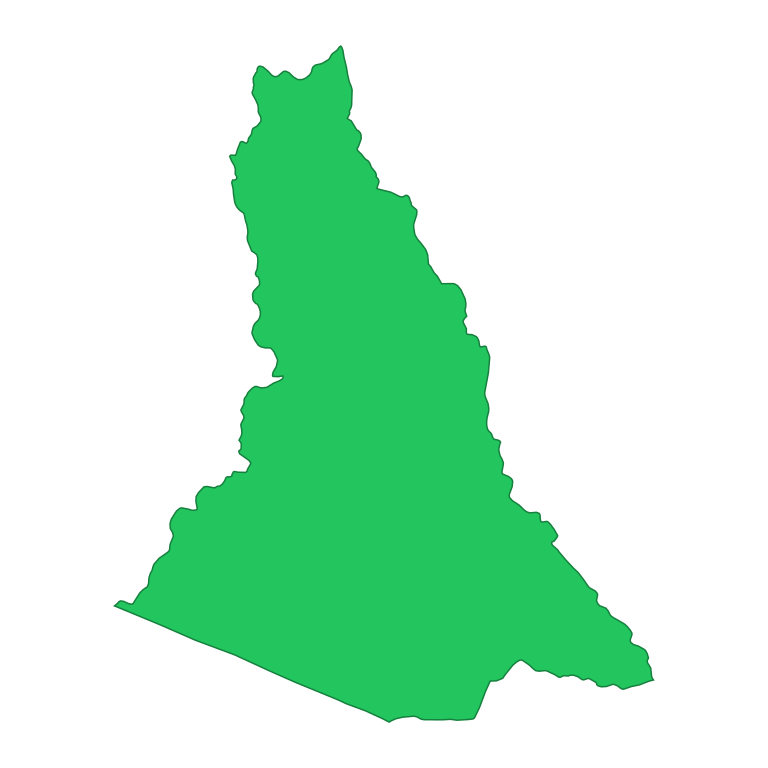 outline of Mwanza, Mwanza, Malawi
{"feature_id": "42251766B31446962769453", "entity_name": "Mwanza", "entity_type": "district", "adm_level": 2, "iso_a3": "MWI", "parent_name": "Malawi", "parent_adm1": "Mwanza", "projection": "orthographic", "projection_center": [34.516, -15.608], "detail": "fine", "context": "isolated", "style": "filled", "palette": "green", "viewbox_px": 768, "rotation_deg": 0, "n_neighbors": 0, "source": "geoboundaries", "source_scale": "gbopen_adm2", "svg_char_len": 6079}
<svg xmlns="http://www.w3.org/2000/svg" viewBox="0 0 768 768"><path d="M389.7,721.9L391.4,720.7L396.0,718.7L402.5,717.2L413.8,716.2L416.8,716.8L421.0,719.1L424.1,719.7L442.5,719.8L450.4,719.3L457.0,720.2L468.5,719.5L473.2,718.9L474.5,717.8L479.5,707.5L485.5,691.4L490.2,681.1L496.6,680.8L502.7,678.3L505.4,674.4L512.8,665.2L516.8,661.8L519.8,660.2L521.4,659.9L522.9,660.6L529.4,665.1L533.0,668.6L535.6,670.6L538.8,671.2L545.4,670.6L547.0,671.0L554.7,674.6L558.8,677.2L560.6,677.2L563.4,675.7L568.4,676.0L570.0,675.3L573.2,675.1L577.9,676.7L581.9,679.5L583.6,679.9L588.2,678.4L589.8,678.9L595.4,682.1L596.6,683.2L596.8,684.8L598.2,685.9L601.4,686.8L606.5,686.5L612.8,684.3L614.6,684.6L617.6,685.9L620.4,688.1L622.0,689.0L623.6,689.2L631.2,686.6L639.7,684.8L648.9,681.2L653.5,680.0L652.1,678.0L651.6,676.3L650.7,668.0L647.3,662.4L647.2,660.7L648.5,657.9L647.1,653.4L645.3,650.3L643.9,649.2L638.2,646.0L633.5,644.6L630.9,642.5L630.2,641.0L630.4,639.3L632.0,634.5L631.8,632.9L630.1,630.0L627.0,626.3L624.4,624.0L612.8,617.3L610.4,615.4L608.1,610.8L605.9,608.2L599.4,605.6L597.4,603.0L596.7,601.4L596.6,599.8L597.6,595.0L597.3,593.5L596.3,592.2L595.1,590.9L589.5,587.8L588.3,586.5L583.4,579.4L578.2,572.6L573.4,568.1L566.2,560.4L559.4,552.4L557.6,549.8L552.4,545.2L551.7,543.7L551.8,542.2L554.3,541.0L557.1,537.2L557.7,535.7L554.1,529.3L550.4,524.3L548.2,522.1L546.9,521.4L542.2,522.1L540.8,521.4L540.4,519.9L540.0,514.8L539.2,513.4L536.3,512.3L529.9,512.9L526.6,511.8L523.9,509.8L519.4,505.3L512.4,500.7L509.9,497.9L509.2,496.3L509.2,494.7L512.2,486.5L512.7,481.3L512.1,479.7L511.1,478.4L508.3,476.4L503.7,474.5L502.3,473.6L501.9,472.1L503.4,463.9L503.2,462.2L501.9,458.9L500.1,455.8L498.9,450.7L498.8,449.1L499.9,443.8L500.6,442.3L499.8,441.0L498.3,440.2L495.1,439.5L493.7,438.9L492.8,437.6L491.7,434.4L490.8,433.0L488.4,430.6L487.6,429.2L486.8,426.1L486.6,422.8L487.0,418.0L488.6,411.8L488.8,408.5L488.1,403.8L485.0,396.1L484.7,392.6L488.4,372.7L489.7,357.3L488.8,354.0L486.8,349.3L486.3,347.0L485.0,346.1L480.4,347.0L479.6,345.7L478.8,340.8L477.3,337.7L476.1,336.5L471.8,334.6L468.6,334.5L467.0,334.0L466.3,332.7L466.4,328.7L463.4,322.8L463.0,321.2L464.5,318.5L466.7,316.3L465.2,311.7L465.0,310.1L465.7,307.1L465.9,303.9L465.2,299.1L460.9,289.7L457.6,285.7L454.8,284.0L453.2,283.6L441.6,283.7L437.4,276.3L434.0,272.6L430.7,266.6L428.5,264.2L427.6,254.5L425.7,249.6L421.7,244.1L417.2,238.8L414.8,234.4L413.7,227.5L413.7,224.2L416.6,214.9L416.9,211.6L416.5,209.8L411.6,205.6L411.0,202.5L410.2,201.1L409.5,198.1L408.7,196.6L407.3,195.5L405.8,195.3L403.0,196.8L401.4,196.9L399.8,196.6L390.9,192.2L378.3,189.1L376.8,188.2L378.9,182.2L378.8,180.6L378.2,179.1L376.1,176.6L376.3,175.1L375.9,173.4L375.2,172.0L371.2,167.0L370.0,163.7L369.2,162.2L368.1,160.9L365.4,159.2L361.2,154.0L357.6,150.5L357.1,148.9L358.6,146.0L360.9,139.7L361.2,138.1L361.0,134.7L360.4,133.1L358.3,130.6L356.8,130.1L351.2,120.8L348.5,119.4L347.3,118.3L349.5,114.1L349.7,112.5L349.3,110.9L350.7,108.5L351.6,105.4L352.1,90.0L351.3,86.7L349.3,81.9L347.8,75.6L346.4,67.1L344.0,57.3L342.9,50.4L341.8,47.4L340.8,46.1L339.4,47.0L337.4,49.8L336.3,50.8L332.4,53.7L331.4,54.9L329.2,59.0L327.9,60.0L321.8,63.6L315.3,65.1L314.0,66.1L312.9,67.2L312.2,68.7L311.5,72.0L309.8,74.7L306.1,77.9L303.3,79.2L301.6,79.6L297.8,79.6L293.6,77.1L288.9,72.6L285.9,71.3L284.4,71.2L283.0,71.8L277.8,76.2L274.8,76.8L271.7,75.2L268.3,71.4L263.2,67.1L260.1,66.1L258.6,66.5L257.6,67.8L257.1,69.4L257.0,71.6L255.9,72.8L253.7,76.9L253.2,78.4L253.4,83.1L254.1,84.5L253.3,87.5L253.4,89.1L252.2,92.1L252.3,93.6L253.0,95.1L255.4,99.3L257.9,105.0L258.3,108.1L258.2,111.2L258.5,112.7L260.6,116.9L261.0,118.4L260.9,121.4L257.0,126.1L253.0,128.4L252.3,129.9L251.3,134.4L248.6,138.2L247.9,141.3L247.1,142.6L245.8,143.3L243.1,141.8L241.6,141.5L240.3,142.3L237.5,149.4L236.2,153.9L235.5,155.3L230.8,155.1L229.7,156.3L231.4,160.6L234.6,166.2L235.3,169.2L235.2,174.0L236.7,176.7L236.8,178.3L235.8,179.5L234.3,180.1L232.7,180.0L232.0,181.5L231.8,183.0L233.2,189.3L233.5,194.1L234.7,202.0L235.8,205.1L237.5,207.9L239.6,210.2L243.4,212.9L244.2,214.3L245.5,220.6L246.9,225.0L247.7,229.7L247.9,232.8L247.2,237.4L247.5,240.6L251.7,251.1L254.4,252.7L256.8,254.7L257.7,257.7L257.9,260.9L257.2,268.8L255.4,273.2L255.7,274.7L256.5,276.1L257.9,276.9L258.7,278.2L259.5,281.2L259.6,284.3L258.9,285.6L253.6,291.2L252.6,294.1L252.6,295.7L253.0,299.6L253.6,301.1L255.8,303.5L257.2,304.1L258.1,305.4L259.4,308.3L260.3,311.4L260.4,314.5L259.7,317.5L259.0,318.9L258.2,320.2L254.9,323.5L253.4,326.3L252.0,332.4L252.2,334.1L254.7,339.9L258.2,345.1L260.8,346.8L262.4,347.2L265.5,347.9L270.1,347.9L271.4,348.7L274.0,351.8L277.2,359.0L277.6,360.5L276.3,366.6L273.2,371.9L272.5,375.0L272.9,376.4L278.3,376.7L282.8,375.9L283.1,377.4L282.4,378.9L281.1,379.8L278.3,381.3L273.8,383.0L266.9,387.3L262.3,387.9L260.7,387.8L256.3,386.4L254.7,386.6L252.1,388.3L248.7,391.7L247.8,392.9L246.5,395.8L244.6,398.2L244.1,399.7L244.1,402.9L243.7,404.4L240.9,409.9L241.3,411.5L243.6,415.6L244.0,418.0L241.2,423.5L240.8,425.0L241.7,429.8L241.9,433.0L241.2,436.1L239.0,440.2L240.9,442.7L241.2,444.2L241.2,447.3L241.0,448.9L240.0,450.1L238.8,451.0L239.1,452.5L239.8,453.9L249.0,460.4L250.8,463.0L250.3,464.5L247.9,468.6L246.8,471.5L245.6,472.4L237.9,472.2L234.8,471.5L233.4,471.9L232.0,474.6L231.7,476.2L230.3,476.8L227.2,476.8L225.9,477.8L224.7,480.7L222.9,483.3L221.9,484.5L219.9,486.0L217.6,486.2L214.9,487.7L213.3,487.7L207.1,486.5L204.0,486.8L198.6,492.5L196.2,496.5L195.9,501.3L197.3,509.0L196.1,510.0L193.0,510.3L191.4,510.1L188.2,509.1L181.8,507.9L180.2,508.1L176.5,511.0L171.3,519.1L170.0,523.7L170.3,528.5L172.6,532.6L173.4,536.2L170.4,543.6L170.0,545.2L169.5,550.0L168.7,551.3L167.5,552.4L159.1,558.3L154.0,564.2L152.8,567.3L152.1,570.4L150.5,573.1L149.0,577.6L148.5,583.9L147.3,586.8L143.3,589.5L139.9,592.8L133.1,603.5L131.7,604.3L128.3,603.5L123.8,601.4L120.6,600.9L119.2,601.5L117.1,603.8L114.5,605.9L160.8,625.1L195.1,640.1L234.5,654.8L269.3,670.8L295.3,682.3L338.1,699.9L346.2,703.7L365.4,710.8L382.8,718.8L388.7,721.9L389.7,721.9Z" fill="#22c55e" stroke="#15803d" stroke-width="1.5"/></svg>